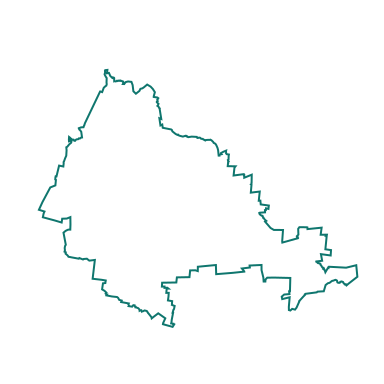 outline of Aguascalientes, Aguascalientes, Mexico, rotated 83°
{"feature_id": "50627088B6632860871958", "entity_name": "Aguascalientes", "entity_type": "district", "adm_level": 2, "iso_a3": "MEX", "parent_name": "Mexico", "parent_adm1": "Aguascalientes", "projection": "equal_earth", "projection_center": [-102.284, 21.849], "detail": "fine", "context": "isolated", "style": "outline", "palette": "teal", "viewbox_px": 384, "rotation_deg": 83, "n_neighbors": 0, "source": "geoboundaries", "source_scale": "gbopen_adm2", "svg_char_len": 5951}
<svg xmlns="http://www.w3.org/2000/svg" viewBox="0 0 384 384"><g transform="rotate(83 192 192)"><path d="M82.4,220.2L79.9,223.4L82.3,227.1L83.1,228.7L83.3,230.6L85.3,231.9L87.6,235.7L84.9,237.9L78.6,237.9L75.3,238.7L74.5,242.0L74.8,244.3L76.2,245.9L76.6,246.1L76.4,247.4L75.4,246.7L75.3,247.0L74.9,247.0L74.8,246.6L74.2,247.1L73.9,247.0L73.6,247.4L73.5,248.0L73.0,248.8L73.0,249.3L72.7,249.3L72.6,249.5L72.8,250.0L72.6,250.3L72.5,250.6L72.5,251.2L72.7,251.3L72.6,251.9L72.8,252.3L72.4,252.9L72.9,253.8L72.9,254.7L72.4,255.4L72.5,255.7L69.8,255.4L69.5,256.3L68.9,255.9L68.5,256.7L68.8,257.4L66.8,259.0L63.7,259.9L63.8,262.0L63.1,262.0L63.1,261.7L60.5,261.1L60.5,263.3L61.0,263.6L62.9,263.7L64.4,264.4L64.7,264.4L66.9,263.6L68.5,262.8L72.9,263.5L74.6,263.5L76.0,264.1L76.4,265.0L77.8,266.9L81.9,269.0L81.0,270.9L81.1,271.0L110.7,289.9L112.7,290.8L112.8,291.0L114.5,291.8L114.3,294.2L114.7,295.5L114.7,296.2L114.9,296.6L116.3,296.2L117.1,295.5L118.7,294.6L124.5,294.5L124.6,295.9L125.3,296.8L125.0,297.8L125.7,298.5L125.7,300.3L126.3,301.3L126.9,301.7L126.9,302.1L126.8,302.6L125.6,303.2L125.7,305.1L124.6,305.2L124.4,306.1L123.5,306.2L122.4,307.3L124.9,307.8L126.7,307.9L126.5,306.9L126.0,306.1L126.7,305.6L127.4,305.5L128.4,306.0L129.7,308.0L131.9,310.3L132.3,311.3L135.3,311.4L140.7,312.4L143.2,313.9L146.0,315.3L146.6,315.8L148.1,315.9L151.0,316.6L149.6,320.7L160.0,324.6L159.8,325.4L160.9,325.8L162.9,326.2L163.4,325.6L168.8,326.8L170.2,332.1L183.7,341.6L191.0,346.1L193.4,340.8L195.3,341.9L198.9,343.1L203.4,332.0L206.4,325.1L202.7,324.1L203.1,319.5L202.1,315.8L209.5,316.6L214.5,317.4L214.3,318.6L214.4,320.0L215.2,322.2L216.7,324.5L229.0,323.7L230.2,324.6L232.1,325.2L234.3,325.2L235.7,325.8L236.5,324.6L237.8,325.0L239.7,323.3L240.7,322.7L241.1,322.6L241.5,321.9L241.5,321.5L242.2,319.5L244.4,312.5L243.8,311.9L245.7,308.4L245.3,307.8L245.4,304.5L247.6,302.3L247.6,296.7L266.0,301.2L268.1,292.5L269.3,288.4L271.8,289.1L271.8,291.5L277.7,293.1L279.4,290.9L281.5,289.2L282.4,290.1L283.3,289.4L283.4,288.9L284.2,289.5L285.9,284.3L287.1,279.2L288.1,278.2L290.2,277.4L291.2,275.0L292.6,275.7L294.9,268.4L295.6,268.9L297.3,268.3L297.6,268.6L298.5,265.4L297.4,264.4L297.2,263.9L297.5,262.8L298.1,262.9L298.7,262.4L298.9,262.0L299.6,262.2L299.9,261.2L300.8,259.5L302.2,258.5L303.4,258.5L303.2,258.1L303.2,256.8L303.7,256.8L304.4,256.5L304.3,256.4L304.5,255.6L303.8,253.5L304.5,251.6L304.7,251.3L305.4,250.9L306.3,251.0L306.4,251.3L306.4,250.5L311.3,247.5L312.5,247.4L311.1,245.1L308.3,240.3L314.1,233.9L318.7,236.7L318.9,236.6L319.7,236.9L323.5,227.7L321.3,225.9L321.0,226.7L320.5,226.5L319.9,228.7L318.6,228.2L316.4,227.7L309.6,225.5L309.5,226.0L306.7,224.8L306.7,224.7L305.9,224.1L303.0,223.1L301.6,225.7L301.2,225.5L300.3,225.5L297.9,225.0L296.7,229.1L293.0,228.1L289.3,227.4L289.0,229.8L284.8,228.9L285.0,227.2L284.0,228.2L283.8,231.0L282.5,230.8L282.2,233.4L278.4,232.7L279.9,218.6L274.9,217.4L276.2,204.9L269.6,203.4L270.1,198.3L271.2,195.9L266.9,195.3L267.4,177.2L276.5,178.0L277.2,161.5L277.4,149.8L277.2,149.8L274.0,151.8L274.0,143.8L272.0,143.8L272.9,131.9L278.0,132.5L285.7,131.6L289.6,131.8L289.8,130.1L287.8,129.7L286.2,127.8L287.0,120.6L289.3,104.9L301.3,106.7L301.6,107.1L301.9,107.3L302.2,106.8L302.6,106.9L302.6,107.7L305.2,107.7L305.0,113.0L306.8,115.7L309.3,115.5L308.4,107.9L317.9,109.9L321.0,110.2L321.6,108.8L320.2,106.8L321.3,104.1L319.5,102.3L313.3,98.6L313.2,98.7L309.3,94.2L308.0,92.5L307.7,92.7L307.4,92.6L306.9,91.8L306.8,80.4L306.2,79.6L306.6,73.3L300.6,70.7L299.1,68.2L298.9,66.5L297.8,64.7L297.3,63.8L297.2,62.4L296.8,61.1L296.7,60.1L297.6,58.9L299.4,58.7L299.9,58.0L300.1,57.0L300.1,56.5L299.9,56.1L299.6,56.2L299.2,55.7L299.0,54.5L299.1,54.1L299.5,53.7L299.8,53.0L300.9,52.7L301.5,52.1L302.2,51.8L302.2,51.2L302.5,51.1L302.4,50.3L302.5,50.1L302.9,49.9L303.3,50.3L303.6,50.1L302.1,47.9L296.3,38.2L284.7,37.9L285.9,48.2L282.9,65.1L283.9,65.6L283.5,66.0L287.9,69.4L285.7,69.8L284.6,70.9L284.3,70.3L283.6,70.5L283.2,70.7L283.0,71.6L281.7,72.4L281.0,72.5L279.9,73.3L279.3,73.2L279.0,73.6L278.5,73.8L277.9,75.7L276.5,76.8L275.8,77.9L276.1,77.0L276.1,71.2L269.4,71.6L271.9,62.1L266.6,61.1L265.1,66.6L252.2,63.7L252.2,64.0L251.6,63.9L251.6,64.6L251.4,64.5L251.4,63.5L250.8,63.3L250.1,69.5L243.2,67.7L242.9,81.9L241.2,81.8L241.0,82.3L240.0,89.7L241.5,91.1L247.3,91.6L248.5,93.1L249.5,92.6L249.6,93.2L250.8,92.7L253.2,108.5L252.0,108.5L240.8,106.3L239.6,115.4L237.3,118.4L230.3,123.1L229.7,121.8L228.3,123.1L226.7,124.0L226.3,124.5L225.9,124.3L224.9,124.9L224.2,124.9L224.1,125.1L223.9,125.9L222.8,127.1L222.1,127.6L221.0,127.8L220.8,127.2L221.1,122.0L218.9,121.8L219.0,120.9L217.2,120.5L218.1,118.2L214.8,117.4L212.7,125.3L208.9,125.2L208.8,126.8L199.8,124.7L199.8,133.7L192.2,132.1L191.7,132.5L191.5,132.0L190.0,131.8L189.9,131.7L182.1,130.6L184.2,138.4L181.6,138.1L181.6,138.5L180.6,138.5L180.7,148.7L173.0,146.9L171.8,145.7L170.7,153.4L168.1,152.8L167.9,152.6L166.8,152.6L166.3,151.9L165.4,152.4L164.6,152.5L164.3,151.8L160.6,151.2L159.3,150.8L158.5,153.5L158.7,153.8L158.1,153.4L155.7,153.3L155.1,153.1L155.9,156.0L156.9,158.5L157.7,158.5L158.1,158.2L158.3,160.2L159.2,160.3L159.1,161.1L153.7,161.0L151.4,161.3L148.4,162.2L147.0,162.9L146.3,163.8L145.9,164.5L145.0,164.8L143.0,166.4L142.4,167.3L142.5,167.4L142.2,169.9L142.1,171.9L142.5,172.4L142.1,173.2L141.8,173.3L141.2,174.4L140.6,174.8L140.3,176.4L139.4,177.1L139.0,177.6L138.9,178.7L139.1,179.4L139.0,180.1L137.9,180.5L137.0,185.5L137.1,189.1L136.3,190.4L136.0,190.2L135.5,190.9L135.4,191.5L135.9,194.3L134.8,197.1L134.4,197.9L133.9,198.7L133.4,198.7L133.3,198.9L133.5,199.6L132.4,201.2L129.4,204.1L128.0,204.4L127.4,205.0L124.7,213.2L121.4,213.3L122.1,215.2L114.8,215.4L115.8,213.6L105.1,214.0L105.0,213.9L104.4,214.5L103.2,214.8L102.3,215.8L101.8,215.3L100.4,214.5L98.6,216.0L98.0,215.9L97.7,215.5L97.6,215.0L96.0,215.2L95.2,214.2L94.8,214.0L94.0,214.8L93.0,218.4L92.3,218.3L88.4,216.7L85.0,218.3L82.4,220.2Z" fill="none" stroke="#0f766e" stroke-width="2"/></g></svg>